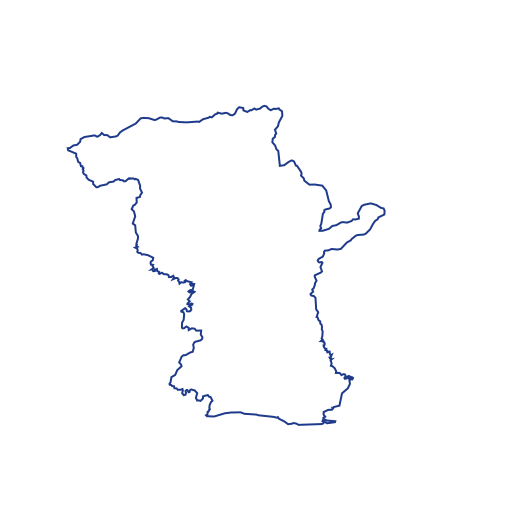 outline of López, Cauca, Colombia, rotated 243°
{"feature_id": "7082276B33539636068872", "entity_name": "López", "entity_type": "district", "adm_level": 2, "iso_a3": "COL", "parent_name": "Colombia", "parent_adm1": "Cauca", "projection": "natural_earth1", "projection_center": [-77.202, 2.962], "detail": "fine", "context": "isolated", "style": "outline", "palette": "blue", "viewbox_px": 512, "rotation_deg": 243, "n_neighbors": 0, "source": "geoboundaries", "source_scale": "gbopen_adm2", "svg_char_len": 6135}
<svg xmlns="http://www.w3.org/2000/svg" viewBox="0 0 512 512"><g transform="rotate(243 256 256)"><path d="M437.5,137.2L435.5,136.6L428.8,142.2L425.8,140.8L424.1,141.1L420.6,140.3L418.8,141.5L415.5,140.8L414.8,142.1L413.7,141.7L412.6,142.2L412.0,141.0L410.3,141.1L409.2,139.9L407.4,139.8L404.8,141.4L403.0,140.7L399.9,141.5L396.2,144.6L394.1,143.6L389.7,145.0L389.1,146.6L389.4,148.8L387.6,155.5L388.4,158.6L387.0,162.7L387.6,165.2L386.7,169.0L385.5,169.3L383.9,171.7L382.5,172.2L381.9,173.7L382.9,177.8L382.3,178.1L382.4,179.1L381.8,179.4L381.0,181.7L379.3,182.9L379.4,183.7L377.3,185.5L371.3,184.7L368.7,183.3L364.2,183.2L363.0,180.8L361.3,179.3L362.0,175.9L357.8,174.0L356.6,171.2L356.7,169.7L354.2,166.5L351.1,167.5L346.2,166.4L340.8,160.9L338.2,162.3L331.5,159.6L327.4,159.9L325.3,158.9L321.0,154.8L320.2,155.0L319.5,154.0L318.0,154.7L318.3,152.2L316.5,153.5L314.7,153.1L313.6,152.1L312.3,152.6L311.0,154.5L309.0,155.0L308.6,156.6L305.9,160.0L301.1,163.6L299.1,162.1L298.6,159.6L297.5,158.8L296.0,158.5L294.9,160.2L294.3,159.3L291.8,159.4L291.4,156.7L291.0,157.7L289.2,157.5L288.5,159.0L289.7,159.7L289.4,161.8L287.7,161.1L285.7,162.5L284.8,161.5L283.9,161.7L283.7,164.7L281.7,165.6L280.1,168.3L278.7,169.3L276.7,168.9L275.8,170.8L275.9,173.3L274.0,173.2L273.0,171.5L272.8,174.6L271.9,176.1L270.2,176.4L269.4,175.4L268.0,175.8L266.1,175.3L266.6,177.4L265.4,179.0L264.9,180.7L265.1,181.3L266.3,181.3L266.4,182.5L265.1,182.9L261.9,186.6L260.9,184.5L259.0,184.6L258.7,185.6L260.0,186.8L259.1,188.2L255.2,184.8L254.8,183.6L255.5,181.4L255.0,179.7L253.7,180.3L253.2,184.0L252.0,184.9L251.5,181.4L249.4,178.6L248.3,175.6L245.7,176.4L244.9,173.5L244.2,173.0L243.3,174.1L242.9,177.1L242.1,177.6L241.4,176.6L241.4,173.6L239.2,174.6L237.6,174.0L236.7,172.3L237.5,170.1L238.3,169.4L240.3,169.8L241.7,169.2L241.0,164.4L240.2,164.3L238.9,165.8L236.6,165.5L231.9,162.5L230.2,159.9L226.1,157.6L225.0,157.6L224.3,158.9L224.8,162.0L222.6,163.4L220.6,162.5L220.7,166.0L219.1,168.3L216.6,168.9L214.5,173.3L211.0,171.1L208.0,171.4L206.6,170.4L206.0,168.4L207.2,162.6L206.8,161.4L205.4,159.7L202.4,158.9L199.4,156.1L199.9,153.6L199.6,148.3L200.5,146.4L200.1,144.1L196.0,139.2L193.1,140.0L191.5,139.5L190.1,134.1L186.7,130.0L186.5,125.7L182.3,122.5L181.3,120.8L180.4,120.7L179.6,121.9L178.2,122.2L177.2,123.8L175.2,123.3L174.0,125.2L172.2,125.6L171.0,128.4L170.8,130.1L169.3,129.7L167.3,127.9L164.7,128.5L164.5,130.3L165.8,131.5L167.7,131.9L168.1,133.3L167.7,134.0L165.2,134.1L165.0,134.9L166.4,136.4L166.6,137.5L164.1,140.3L160.6,141.4L156.8,138.0L153.9,138.0L153.9,138.7L152.1,140.8L153.1,144.0L155.0,145.1L154.0,149.9L152.0,150.2L151.0,151.5L146.8,151.5L146.2,149.4L144.3,147.1L141.8,145.4L140.3,145.3L140.0,144.0L138.9,143.1L139.1,142.2L136.8,140.7L136.8,139.2L135.5,139.6L132.0,145.8L130.0,156.8L127.8,162.9L123.7,171.3L120.7,174.0L114.5,184.4L113.1,185.7L104.7,198.6L102.3,201.4L102.5,202.3L100.5,202.6L95.5,206.3L91.6,208.2L90.2,212.0L90.2,213.5L88.4,215.8L86.2,217.3L76.6,237.9L76.3,239.5L76.8,240.9L77.6,241.3L78.6,240.3L79.0,240.7L74.7,243.4L72.1,250.9L72.8,251.6L77.2,244.5L80.3,242.1L81.3,242.7L81.4,244.7L84.0,244.2L86.3,245.5L86.1,250.5L84.6,253.8L84.9,254.9L86.0,255.1L85.5,255.8L86.1,256.7L84.8,262.4L94.6,270.3L96.4,277.8L99.5,281.7L102.9,282.8L103.0,284.7L102.3,285.8L103.3,287.1L104.6,286.4L103.7,284.6L104.0,283.2L104.8,283.2L106.1,284.9L107.0,284.3L107.0,283.0L105.7,281.2L106.3,279.4L107.2,279.4L108.2,281.4L110.1,281.5L111.0,280.4L111.1,278.1L113.9,277.4L115.5,274.1L116.8,275.1L120.1,275.2L123.3,274.0L124.2,272.9L125.9,274.6L129.2,275.1L129.6,276.6L129.9,275.6L131.2,276.4L131.5,275.5L132.2,275.5L132.0,276.8L133.7,278.7L133.7,277.5L135.2,277.3L137.3,278.2L137.6,276.8L138.4,276.7L138.1,275.9L140.1,276.1L140.6,275.3L141.5,276.4L142.2,275.4L144.6,275.2L145.7,275.7L145.4,276.3L146.5,277.4L148.1,277.6L148.4,277.0L149.5,277.4L150.7,275.2L151.3,277.4L152.7,277.0L154.3,278.6L158.6,281.2L160.9,281.4L163.0,282.7L165.2,283.2L166.6,282.6L168.7,283.5L170.2,282.6L173.5,283.0L174.1,282.3L177.7,285.9L181.2,285.4L191.7,290.0L194.0,289.4L195.7,287.3L197.0,287.1L197.5,287.6L198.3,290.7L200.6,290.9L201.1,292.7L203.8,295.6L204.9,296.1L206.5,298.7L210.9,298.9L212.1,299.7L211.8,306.3L212.3,307.8L216.9,308.4L219.7,312.1L220.8,311.8L221.4,309.7L222.2,309.0L224.1,309.0L225.0,310.7L225.1,315.2L227.3,317.9L228.8,318.5L229.5,319.8L228.2,322.9L227.9,326.6L224.8,331.5L223.8,334.8L226.8,343.2L226.9,347.4L227.7,349.0L228.8,354.3L228.5,356.2L226.2,361.6L226.1,364.0L227.9,369.7L231.5,374.9L233.2,378.1L233.5,381.0L234.8,382.6L234.7,389.2L237.8,391.1L240.4,391.3L242.2,389.2L246.8,386.4L250.8,382.1L252.5,375.8L252.6,373.0L247.8,366.0L244.5,365.6L242.6,364.6L243.4,361.1L244.6,359.3L243.8,356.9L244.4,352.3L246.7,348.9L247.3,347.0L247.0,341.5L248.1,337.7L247.1,333.3L248.2,326.9L249.6,324.0L250.6,324.8L251.0,326.6L253.5,326.9L255.2,328.9L263.3,334.8L264.2,336.9L265.8,337.6L265.9,339.3L264.9,343.2L265.5,345.0L268.0,345.9L271.7,345.8L282.5,348.3L288.6,347.0L293.0,340.8L295.3,336.0L301.1,333.3L303.7,333.8L307.2,332.6L308.8,334.1L310.5,334.4L317.7,333.5L318.4,332.6L322.9,332.8L324.1,332.1L325.0,331.1L325.0,327.9L324.1,322.3L325.5,318.2L339.4,323.5L341.9,322.7L345.7,323.2L349.9,322.2L352.9,324.2L353.5,326.9L355.3,328.1L355.9,329.6L359.9,330.2L361.6,334.4L364.6,337.0L368.9,343.1L373.1,344.9L375.9,343.4L377.2,343.3L378.1,340.1L379.1,338.9L379.2,335.3L381.8,333.8L384.5,333.3L386.0,331.6L386.2,329.3L385.5,326.7L386.4,322.6L388.1,321.6L388.0,317.8L388.6,317.1L388.3,313.6L391.5,310.9L393.6,311.8L396.2,308.6L395.4,305.8L392.4,301.9L392.0,299.1L393.3,297.0L395.6,295.9L397.3,294.1L398.3,290.2L401.1,286.9L400.5,286.1L400.7,283.6L399.6,279.6L401.0,278.0L400.7,276.8L401.9,271.0L401.3,266.1L402.2,265.2L406.5,255.0L410.5,247.9L411.9,246.5L413.8,243.0L418.6,240.5L420.2,236.7L421.9,235.4L422.9,233.5L422.8,228.8L423.3,227.2L427.5,223.0L430.2,218.3L431.0,215.7L428.6,209.0L428.4,194.5L427.9,191.0L426.1,187.5L426.1,185.5L428.0,179.9L431.2,178.4L432.7,175.6L435.6,174.4L434.5,171.9L434.3,168.7L436.7,167.0L439.9,157.2L439.8,152.8L437.6,151.1L436.3,147.0L437.4,143.5L436.7,139.3L437.5,137.2Z" fill="none" stroke="#1e3a8a" stroke-width="2"/></g></svg>